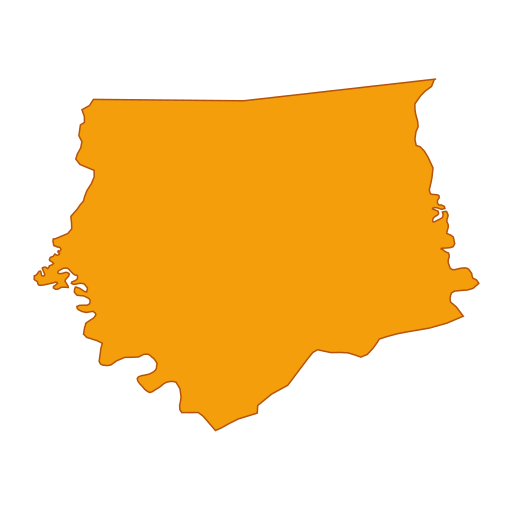 outline of Seberang Perai Tengah, Pulau Pinang, Malaysia, rotated 269°
{"feature_id": "92858781B39236522821869", "entity_name": "Seberang Perai Tengah", "entity_type": "district", "adm_level": 2, "iso_a3": "MYS", "parent_name": "Malaysia", "parent_adm1": "Pulau Pinang", "projection": "natural_earth1", "projection_center": [100.443, 5.364], "detail": "fine", "context": "isolated", "style": "filled", "palette": "amber", "viewbox_px": 512, "rotation_deg": 269, "n_neighbors": 0, "source": "geoboundaries", "source_scale": "gbopen_adm2", "svg_char_len": 4603}
<svg xmlns="http://www.w3.org/2000/svg" viewBox="0 0 512 512"><g transform="rotate(269 256 256)"><path d="M429.8,439.2L411.4,246.3L415.4,96.2L409.3,92.1L405.3,84.5L398.7,86.8L392.6,86.8L390.1,82.7L379.4,81.0L373.4,83.9L367.3,82.7L361.2,79.2L356.1,77.5L350.6,81.6L347.5,88.6L344.5,95.6L337.9,95.6L331.3,92.7L324.2,88.0L318.2,85.6L314.1,84.5L310.1,81.0L306.0,78.1L298.9,71.6L291.3,72.2L286.3,72.2L281.7,68.1L276.6,55.3L276.7,53.7L275.8,53.4L274.1,53.2L273.3,53.5L272.2,53.7L270.6,53.8L269.5,54.6L269.5,55.7L268.3,57.7L268.5,58.9L268.1,59.7L267.0,60.8L265.8,61.1L264.7,60.4L264.1,59.5L264.7,58.4L263.8,58.0L262.8,58.4L262.0,59.7L261.0,59.2L260.1,57.2L260.6,56.2L261.5,55.0L260.4,54.1L259.3,53.4L258.7,51.7L258.2,50.3L255.9,49.3L254.8,49.9L253.8,51.8L252.0,53.5L251.0,52.3L250.5,51.2L249.8,49.2L248.6,48.8L247.0,47.5L247.6,46.8L248.4,45.8L248.6,44.0L248.2,43.0L248.0,42.3L247.2,42.1L245.7,42.7L243.5,43.6L241.5,44.4L240.2,44.1L239.7,43.3L239.9,41.7L241.0,41.1L242.4,40.9L243.8,40.7L244.7,40.2L244.6,39.2L243.9,38.3L242.3,37.3L240.4,35.3L240.1,34.0L238.1,33.9L236.6,33.7L235.7,34.6L235.0,35.8L234.0,37.1L232.5,37.3L231.3,37.8L230.6,38.6L230.4,40.5L231.0,44.8L232.7,52.8L233.3,54.9L233.2,56.4L232.2,57.1L230.2,54.8L229.1,52.9L227.6,52.9L226.9,53.9L226.1,55.3L226.3,56.6L226.6,58.2L227.6,59.7L228.2,61.5L228.2,63.1L227.8,67.8L229.0,67.7L230.1,67.0L232.9,65.4L234.0,64.7L235.0,64.7L236.2,65.5L237.6,66.9L239.0,68.3L241.3,69.0L242.3,67.9L242.7,67.1L243.0,66.0L242.9,64.9L242.3,63.2L241.9,61.2L241.8,59.4L242.2,57.9L242.9,57.6L244.0,57.8L244.8,58.7L246.3,61.5L247.2,63.7L247.2,65.2L247.2,66.8L246.4,68.3L244.9,69.6L243.2,71.1L241.0,73.3L240.0,75.0L239.8,76.8L238.9,77.3L236.7,77.0L235.6,76.4L234.6,74.7L233.8,72.9L233.3,71.4L231.8,70.9L230.9,72.8L230.9,74.7L231.4,77.2L231.8,79.8L231.6,81.6L231.1,83.7L227.0,87.0L222.9,86.0L223.7,83.5L224.7,82.2L225.7,80.7L226.8,79.1L228.2,75.4L227.9,74.8L226.2,74.1L223.1,73.7L221.6,74.8L219.9,76.4L219.5,79.1L219.1,83.1L216.6,87.9L215.2,89.1L213.1,89.4L211.0,88.6L209.8,86.5L209.8,81.7L209.8,78.8L208.7,76.0L206.5,76.4L205.0,78.1L203.5,81.2L202.5,85.3L203.5,92.0L201.9,94.2L200.0,94.9L197.5,93.2L196.5,92.0L194.6,88.9L193.0,86.5L191.7,84.6L189.4,84.1L187.6,83.4L180.9,82.2L177.6,85.3L176.4,88.9L174.1,95.6L171.4,100.9L166.8,99.4L153.3,97.3L150.7,98.7L149.6,100.9L149.0,105.4L149.6,109.0L153.6,114.7L156.9,122.9L156.9,126.0L156.9,129.6L157.1,136.8L159.6,142.0L159.8,144.2L159.6,146.3L158.7,148.2L156.9,149.9L155.2,152.1L152.9,153.7L150.4,155.2L147.7,154.7L145.5,154.5L143.4,153.3L141.7,151.1L140.5,148.7L139.7,146.8L138.8,142.5L138.4,139.6L137.2,136.3L135.5,135.1L133.2,135.6L130.3,137.5L127.8,139.9L124.7,142.3L122.6,144.9L121.4,147.3L122.0,149.7L123.9,152.8L125.6,155.7L127.6,158.8L129.7,161.2L131.2,164.0L132.0,167.6L132.0,171.0L131.2,173.8L127.2,176.2L124.3,177.7L116.4,178.6L113.5,178.2L110.8,177.7L107.9,177.0L103.6,177.2L100.7,179.1L100.5,195.6L96.5,200.6L82.2,212.4L84.7,218.3L88.8,225.9L93.3,235.2L98.9,254.5L106.5,255.1L117.6,269.1L126.2,285.5L153.1,306.5L158.6,311.2L161.2,315.9L159.7,322.3L158.1,329.3L158.1,338.1L157.6,346.2L155.1,353.8L153.1,359.1L155.6,365.5L161.7,371.4L167.2,375.5L170.8,377.8L173.3,386.0L175.9,396.5L177.4,405.3L180.9,428.0L185.5,445.6L192.2,462.2L201.7,455.3L206.7,449.6L210.4,449.3L212.9,449.8L215.6,450.8L217.4,453.9L217.7,457.2L218.1,462.5L218.3,466.8L219.9,472.5L224.7,478.3L226.6,477.1L228.2,476.1L229.1,474.5L229.9,472.5L232.0,471.8L234.9,471.3L239.1,468.4L240.1,466.7L240.5,464.4L240.3,461.7L239.9,458.9L238.9,454.6L238.9,452.3L240.3,450.0L242.3,449.3L244.7,448.5L246.5,448.0L248.9,448.2L251.4,449.1L253.9,449.1L255.7,448.5L256.2,447.0L257.5,444.7L259.0,443.1L259.8,441.2L260.5,441.5L260.7,447.1L261.0,450.6L261.9,453.3L264.8,454.9L269.7,454.0L271.5,453.6L273.2,451.6L275.3,447.1L276.5,447.3L281.8,448.8L284.0,448.7L287.1,447.4L289.4,447.6L291.9,448.5L293.6,448.8L295.5,448.0L297.1,447.4L297.4,446.5L296.7,443.1L294.7,443.8L293.1,443.6L291.8,443.4L290.7,442.4L289.4,439.8L288.6,438.2L287.9,436.6L287.0,435.2L287.1,433.6L288.7,433.2L290.6,433.8L292.3,435.6L293.8,438.2L295.1,439.3L297.6,438.9L299.2,435.3L299.9,433.3L300.7,433.5L301.2,435.0L301.2,436.7L300.9,438.5L300.0,440.7L299.4,442.5L300.2,445.7L302.3,445.2L303.7,442.4L303.9,439.7L305.8,438.3L308.7,438.5L311.0,440.2L313.1,440.0L313.9,438.8L314.3,436.2L314.5,433.5L315.2,431.4L319.2,430.4L325.8,432.1L331.3,433.3L341.0,434.5L351.6,429.8L357.7,426.3L362.2,422.2L363.8,418.1L369.8,416.9L377.4,418.1L382.5,420.4L388.1,419.9L395.2,418.1L399.7,417.5L405.3,417.5L413.4,423.4L417.9,428.0L422.5,434.5L429.6,437.4L429.8,439.2Z" fill="#f59e0b" stroke="#b45309" stroke-width="1.5"/></g></svg>